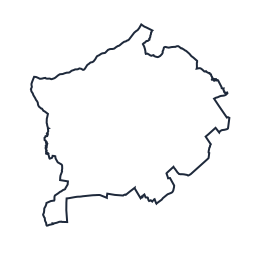 Odobesti, Bacau, Romania (Robinson projection), rotated 275°
{"feature_id": "2599482B55659261713862", "entity_name": "Odobesti", "entity_type": "district", "adm_level": 2, "iso_a3": "ROU", "parent_name": "Romania", "parent_adm1": "Bacau", "projection": "robinson", "projection_center": [27.145, 46.672], "detail": "fine", "context": "isolated", "style": "outline", "palette": "slate", "viewbox_px": 256, "rotation_deg": 275, "n_neighbors": 0, "source": "geoboundaries", "source_scale": "gbopen_adm2", "svg_char_len": 5674}
<svg xmlns="http://www.w3.org/2000/svg" viewBox="0 0 256 256"><g transform="rotate(275 128 128)"><path d="M170.8,30.0L165.7,28.5L163.6,28.0L162.5,28.1L160.8,28.6L160.3,28.6L158.3,27.9L158.1,28.1L156.5,28.4L155.5,29.0L154.2,30.1L152.4,30.9L149.7,32.9L148.0,33.9L146.7,35.1L145.4,35.9L143.9,36.2L142.6,36.7L141.5,37.5L141.1,38.0L140.5,39.0L140.0,39.5L139.7,40.7L137.7,42.3L137.4,43.3L135.1,47.0L131.9,46.6L130.2,46.3L126.3,46.5L125.7,46.6L125.2,46.9L123.2,47.4L121.5,48.1L120.9,48.2L120.7,48.9L120.3,48.3L117.8,48.8L116.8,48.5L116.1,48.0L115.2,47.6L114.9,47.8L114.9,48.7L114.7,48.7L112.9,48.2L112.8,47.9L112.7,46.6L111.8,46.4L111.0,45.7L109.8,45.8L108.7,46.0L108.2,47.1L106.4,47.6L106.8,48.3L106.7,48.4L106.2,48.4L105.7,48.6L104.9,48.4L104.9,48.9L104.5,48.8L104.4,48.1L103.9,48.0L103.7,48.2L103.7,48.7L103.3,48.7L103.2,47.8L103.0,47.6L102.0,47.9L102.0,48.4L101.9,48.6L101.3,48.7L101.0,48.5L100.7,47.7L99.6,48.1L99.2,48.6L98.3,49.0L98.1,48.4L97.9,48.3L96.9,48.6L96.1,48.6L96.2,49.2L96.1,49.8L95.9,49.7L95.2,49.2L95.1,49.6L95.9,50.4L95.6,50.9L95.2,50.7L93.8,51.4L91.1,52.3L90.7,52.6L90.8,53.1L91.7,54.9L92.2,55.1L93.7,55.3L93.7,56.7L93.5,58.0L91.7,58.4L90.9,58.8L87.7,61.0L85.9,64.9L85.5,65.3L84.9,65.6L83.5,65.8L81.7,66.0L79.6,65.8L79.2,66.1L78.6,66.0L74.8,64.9L73.2,64.8L70.2,64.9L69.6,72.8L66.4,72.8L62.7,71.0L61.7,70.7L61.2,70.1L60.7,68.9L59.0,66.9L58.5,65.9L56.9,64.2L54.4,61.1L53.5,60.8L51.8,60.8L50.2,61.0L49.3,60.8L48.5,57.5L46.2,53.3L44.8,53.2L44.0,53.0L42.7,52.6L40.8,51.7L40.2,51.6L38.3,51.7L36.3,51.6L34.5,51.0L34.1,51.0L31.9,52.2L31.1,52.9L28.9,53.3L28.3,53.5L26.3,54.7L24.9,55.0L24.2,55.2L23.7,55.6L23.8,56.1L23.8,56.5L24.2,57.1L24.8,58.3L24.9,58.9L25.6,61.1L26.5,61.0L26.5,61.5L26.1,62.2L26.6,62.8L27.4,65.3L28.5,67.6L28.7,68.3L28.7,69.3L28.9,69.5L28.9,70.0L28.7,70.4L29.0,75.6L40.8,73.7L48.6,73.1L52.5,73.0L52.9,75.1L54.4,80.6L55.1,83.4L55.5,86.6L55.9,88.3L56.0,88.6L57.9,98.5L58.7,104.5L58.8,105.6L58.6,106.5L56.6,113.0L57.5,112.9L60.8,113.1L60.2,120.7L60.3,129.0L60.7,129.4L61.5,131.0L61.2,131.6L64.5,135.0L69.0,139.9L68.5,139.9L68.2,140.1L59.2,146.6L59.4,146.7L59.6,147.3L60.1,148.2L60.9,147.6L61.1,147.7L61.5,148.8L62.2,149.0L63.2,150.1L60.4,151.6L60.3,152.2L60.5,153.4L60.3,153.8L58.1,154.6L57.4,155.1L57.1,155.4L58.0,156.9L57.9,157.2L57.4,157.5L56.9,158.5L57.3,158.6L58.5,160.2L59.0,160.1L59.4,160.7L55.3,162.7L55.1,162.9L55.3,163.0L59.6,167.9L60.3,168.3L61.2,168.9L65.4,173.2L67.1,176.6L67.9,177.7L69.5,178.5L73.0,179.0L74.7,179.0L81.8,174.2L81.4,172.3L82.6,171.9L85.9,170.4L86.2,170.3L87.1,171.0L93.3,176.7L92.6,177.1L91.1,178.6L87.9,181.3L87.5,181.9L86.6,182.9L86.6,184.2L86.5,184.7L86.7,185.5L86.7,187.8L86.4,190.9L85.9,192.0L86.1,192.5L86.9,193.7L87.6,194.6L103.7,209.7L104.8,210.7L105.3,210.9L110.2,211.1L110.5,210.5L110.8,210.4L112.0,210.4L115.6,210.8L116.4,211.3L117.6,211.3L119.1,211.9L119.7,211.3L126.2,206.1L128.7,208.6L135.8,215.2L131.4,219.3L132.7,219.8L133.9,221.4L134.2,222.3L134.6,224.2L135.4,226.5L135.9,227.3L136.3,227.6L137.3,227.7L146.9,228.1L147.5,226.6L147.0,225.6L158.3,216.3L164.7,211.2L165.9,213.1L166.4,214.6L167.6,216.7L168.1,218.0L168.5,220.1L168.9,221.4L169.6,222.6L171.2,224.0L172.0,223.7L171.8,223.1L171.3,222.2L171.3,221.7L171.8,221.5L171.8,221.2L172.7,220.8L172.6,220.5L174.3,219.9L174.4,219.7L174.9,219.6L175.3,219.8L175.7,219.8L175.5,219.2L175.7,218.9L175.8,217.9L177.1,217.5L183.3,213.6L183.5,213.3L183.6,212.7L183.1,212.3L183.2,212.1L183.6,211.7L184.4,211.4L184.4,211.1L184.2,210.9L184.3,210.0L183.4,210.5L183.0,210.5L182.7,210.3L182.6,209.6L183.2,209.0L183.5,208.3L183.5,208.0L183.4,207.4L183.6,207.3L183.8,207.4L184.2,208.0L185.0,207.9L185.2,207.5L185.4,207.4L185.7,207.5L186.5,207.1L187.1,206.5L188.6,206.0L188.6,205.6L189.1,205.0L189.3,204.5L189.9,204.4L189.9,203.3L190.5,201.8L191.4,200.7L190.9,200.0L191.0,199.1L192.9,196.6L193.6,195.4L193.8,194.7L193.8,193.7L193.1,191.2L194.2,191.4L198.9,190.9L199.6,191.1L200.9,191.0L203.9,186.9L205.1,184.9L207.3,182.7L209.5,179.7L210.0,178.9L210.3,178.0L211.0,176.9L212.1,174.7L211.9,174.5L212.0,173.9L212.4,173.3L213.3,172.1L213.9,170.8L213.7,169.5L213.3,168.7L212.9,167.9L212.8,166.6L212.4,164.3L211.6,161.6L211.8,159.4L212.0,158.8L212.0,158.0L211.7,157.3L211.3,156.8L208.9,156.4L207.3,155.8L206.5,156.0L205.7,155.9L204.6,155.4L202.6,153.8L201.5,152.2L201.2,151.4L201.4,149.7L201.8,148.2L202.0,147.7L202.8,147.1L202.7,146.7L202.0,145.0L202.3,143.8L202.9,142.8L203.8,140.8L203.4,139.3L204.6,138.8L205.3,138.8L207.9,138.1L210.6,137.0L212.9,135.5L213.3,135.8L214.2,136.7L214.5,137.4L214.9,137.6L215.5,138.2L216.0,138.5L216.4,139.2L216.4,140.0L217.9,141.7L218.3,141.6L218.8,141.4L219.1,141.7L220.8,142.3L221.4,142.2L221.9,142.2L223.6,142.7L224.8,142.6L225.4,143.0L226.0,143.0L226.5,143.3L226.9,143.3L227.3,143.7L229.8,137.4L230.4,135.5L232.3,132.2L228.6,130.5L226.4,129.1L225.3,127.7L223.5,125.9L218.6,122.8L216.9,121.7L216.3,121.4L215.5,120.4L215.2,120.1L215.1,119.6L214.8,119.1L214.1,118.3L213.6,116.7L212.2,115.0L209.5,112.3L209.0,111.5L208.7,110.6L207.2,108.7L206.1,107.6L205.8,107.1L205.3,105.4L205.1,103.3L204.1,101.3L201.0,98.8L200.7,98.3L200.2,96.1L199.7,95.0L198.0,92.9L196.9,91.0L196.3,90.6L193.5,89.3L191.4,87.9L190.6,86.9L190.4,86.5L190.2,85.5L189.7,84.6L188.5,83.5L187.4,82.1L186.4,81.5L183.3,79.9L182.4,79.2L182.1,78.6L182.0,78.1L182.9,76.2L183.1,74.4L182.1,72.8L181.8,70.9L181.8,70.3L181.2,69.3L180.8,68.4L180.1,66.8L178.3,64.9L178.0,64.0L177.8,62.2L176.9,59.9L176.1,58.3L175.6,55.4L174.3,53.7L172.5,51.9L171.8,51.2L171.0,50.0L170.0,47.7L170.0,47.0L170.3,46.2L170.4,45.4L170.1,43.5L170.1,42.8L170.2,42.0L170.7,41.3L170.3,39.6L169.7,38.0L169.4,36.4L169.4,35.7L169.9,34.6L170.6,32.6L170.8,31.8L170.8,30.0Z" fill="none" stroke="#1e293b" stroke-width="2"/></g></svg>